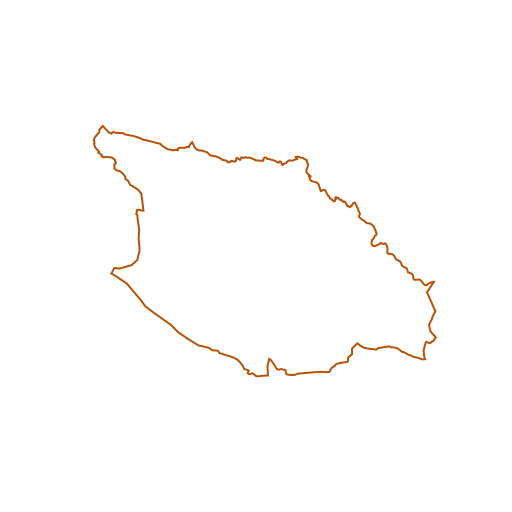 outline of Vidra, Alba, Romania, rotated 27°
{"feature_id": "2599482B12532638103294", "entity_name": "Vidra", "entity_type": "district", "adm_level": 2, "iso_a3": "ROU", "parent_name": "Romania", "parent_adm1": "Alba", "projection": "robinson", "projection_center": [22.929, 46.365], "detail": "fine", "context": "isolated", "style": "outline", "palette": "amber", "viewbox_px": 512, "rotation_deg": 27, "n_neighbors": 0, "source": "geoboundaries", "source_scale": "gbopen_adm2", "svg_char_len": 6109}
<svg xmlns="http://www.w3.org/2000/svg" viewBox="0 0 512 512"><g transform="rotate(27 256 256)"><path d="M267.5,359.0L273.8,358.1L276.7,357.5L281.4,356.8L286.5,356.8L289.5,357.7L293.9,359.8L296.8,362.0L300.4,361.4L301.0,361.3L301.5,361.5L301.8,362.0L301.6,363.1L301.5,364.0L303.5,364.5L304.4,363.9L305.3,363.0L305.7,362.3L306.4,362.1L307.3,362.2L310.1,362.9L311.8,362.7L317.4,359.0L320.9,357.1L316.3,349.0L314.5,341.7L316.4,341.9L320.8,344.2L324.8,346.6L326.9,347.3L328.6,346.5L329.1,345.7L330.8,345.0L333.5,344.4L334.2,344.5L335.0,345.3L335.4,346.1L335.9,347.0L337.3,347.5L339.4,346.8L341.3,346.1L344.8,344.1L346.3,342.1L360.5,333.2L363.0,331.8L366.0,329.9L368.8,328.8L373.2,326.6L374.0,326.0L374.3,324.7L373.9,323.5L374.4,321.0L375.0,319.4L375.7,319.1L375.9,318.7L376.3,316.5L376.6,315.6L385.8,308.4L384.2,304.5L386.2,299.9L383.6,295.0L385.9,287.8L390.2,288.6L394.2,288.7L399.4,287.1L405.7,284.7L406.6,282.6L411.1,279.4L412.0,278.5L416.0,276.0L418.3,275.9L419.7,275.1L422.5,274.3L424.4,274.0L427.5,274.6L429.2,275.1L430.2,275.0L431.0,274.7L433.3,274.6L435.3,274.8L437.0,274.8L439.1,274.3L441.4,274.5L445.1,273.5L447.4,273.1L448.9,273.0L449.7,272.7L451.2,272.6L453.5,271.2L451.8,269.5L450.5,267.8L449.5,265.9L448.5,264.6L448.0,264.1L448.0,262.7L447.3,260.3L446.6,256.1L446.9,255.0L448.8,255.1L449.6,254.9L450.9,254.3L451.1,253.7L451.3,252.7L452.3,251.7L452.8,250.4L452.9,249.5L452.8,247.6L453.1,246.8L445.7,244.0L441.3,238.7L441.4,232.4L440.7,228.8L440.9,228.1L441.0,223.9L424.8,210.6L425.7,202.7L426.1,198.3L425.7,198.5L424.7,199.2L422.0,202.6L421.5,203.3L421.1,204.5L420.5,205.1L419.5,205.2L418.2,204.9L415.1,203.4L413.4,202.8L412.9,202.8L411.8,203.0L408.3,205.1L407.4,205.2L406.7,204.9L404.9,202.3L403.6,201.3L402.4,201.1L400.6,201.2L399.5,201.5L398.8,201.5L398.3,201.0L396.4,198.9L395.8,198.6L395.0,198.5L391.3,198.6L390.5,198.4L388.5,196.4L386.2,195.3L383.0,195.5L380.9,194.5L378.9,193.0L377.5,192.6L375.9,192.6L375.0,192.9L373.7,193.7L372.4,193.9L371.7,193.6L370.6,191.8L370.4,190.9L369.8,189.7L369.0,188.5L367.6,187.2L366.6,186.6L366.3,186.3L365.6,186.1L364.8,186.4L364.4,187.2L363.0,187.6L361.3,187.7L360.7,188.3L360.8,189.1L360.7,189.4L360.3,189.9L359.4,190.7L358.9,191.4L358.7,192.0L357.7,192.7L357.3,193.4L356.2,193.8L355.4,193.8L354.7,193.5L353.9,193.1L353.1,192.2L352.8,191.5L352.1,188.9L352.2,188.4L352.6,188.1L352.9,187.0L352.7,186.1L352.8,185.8L352.8,183.9L353.5,183.1L353.6,182.7L353.2,181.2L351.3,179.6L350.9,178.8L350.5,178.7L349.6,178.1L348.1,176.6L344.9,175.4L343.3,175.3L342.6,175.4L340.6,176.2L339.5,176.3L336.4,175.6L333.4,175.2L330.3,174.5L329.7,173.9L329.5,171.5L329.2,170.9L326.8,169.2L325.1,167.3L323.8,166.5L322.4,165.3L321.3,164.4L319.7,163.5L318.7,164.5L318.6,165.5L318.4,166.3L318.5,167.4L318.4,167.8L318.0,168.1L318.0,168.9L317.4,169.9L316.8,169.9L315.7,169.6L315.3,169.9L314.8,170.1L314.3,169.9L312.9,168.6L311.0,167.6L310.3,167.3L309.6,167.5L309.4,168.2L309.1,168.2L306.8,167.2L306.2,167.4L305.9,167.8L304.8,167.6L303.4,167.0L303.0,167.0L302.3,167.3L300.5,167.3L300.2,167.5L300.3,168.2L301.4,168.6L301.1,169.1L300.9,169.8L300.9,170.5L301.3,171.0L300.4,172.0L298.2,171.4L297.7,171.0L296.2,171.1L295.1,170.7L294.0,169.7L293.5,169.5L292.9,169.5L292.0,169.0L291.8,168.7L290.1,167.8L288.0,166.0L287.3,165.9L286.9,166.0L285.9,166.6L284.8,168.1L284.2,168.7L281.1,165.7L280.1,164.5L279.2,163.8L276.8,162.9L271.7,164.0L269.6,163.4L268.6,162.5L267.5,161.3L268.6,160.8L268.3,160.0L265.4,159.5L263.3,158.6L262.7,158.0L262.0,156.7L261.6,155.0L261.6,153.5L260.7,150.6L259.6,149.7L258.1,148.7L257.8,147.6L253.1,147.5L248.0,148.6L246.5,149.7L247.4,150.4L248.6,151.1L248.3,151.4L246.6,152.6L245.7,154.2L244.8,154.7L243.1,155.3L242.4,155.7L242.0,156.0L241.4,156.8L240.6,159.2L240.6,159.5L240.3,160.1L238.8,161.3L238.6,161.8L238.6,162.7L238.3,163.0L237.8,162.8L236.5,161.4L235.3,160.8L234.4,160.7L234.2,160.9L233.9,161.7L233.8,162.4L233.6,162.7L233.3,162.7L232.0,162.8L229.5,162.6L224.0,163.6L223.0,164.0L221.6,164.3L221.1,163.9L220.1,163.7L219.2,164.2L218.9,164.7L218.7,165.2L218.7,166.7L219.0,167.4L219.3,167.7L218.8,168.1L217.8,168.4L217.0,169.0L214.0,170.1L212.8,170.8L212.1,170.9L211.7,170.8L207.4,170.9L205.3,171.4L203.0,172.7L202.7,172.6L202.0,172.6L201.3,173.2L201.2,173.6L200.8,173.9L200.1,174.1L199.9,174.4L198.4,174.7L198.0,175.1L198.1,176.1L198.3,176.7L198.2,177.5L194.5,177.3L194.2,177.7L195.0,180.1L195.0,180.5L194.5,181.0L194.0,181.2L193.7,181.9L192.3,182.1L191.4,182.0L190.9,182.5L190.6,183.0L190.7,183.3L189.4,184.8L188.7,185.2L186.2,184.5L182.2,185.6L180.3,185.2L177.2,185.2L174.7,185.5L173.6,186.1L172.7,186.2L170.5,186.8L169.9,187.2L165.4,185.8L159.7,186.6L159.1,187.1L158.1,187.5L156.9,187.9L155.7,188.1L154.7,188.0L151.4,186.6L147.5,183.6L146.8,185.3L146.5,188.5L146.7,189.3L146.0,189.4L144.6,190.5L143.4,192.0L139.4,193.9L137.4,195.8L137.7,196.5L138.3,197.2L135.4,198.3L134.7,199.3L128.4,201.0L122.0,200.3L119.6,199.5L115.7,200.5L107.6,202.2L101.9,203.7L100.0,203.6L97.8,203.9L95.8,204.0L94.8,204.4L92.2,204.6L90.0,205.5L87.5,206.1L85.0,206.9L83.6,207.2L82.2,206.8L81.6,207.0L80.9,207.4L74.6,210.1L72.6,210.2L71.4,212.7L68.9,212.7L65.0,211.4L60.5,209.7L59.1,214.5L59.4,215.1L59.8,216.2L60.1,216.6L60.1,217.1L59.5,219.1L58.9,222.0L58.6,222.9L58.5,224.3L59.0,226.4L59.6,226.9L60.8,228.6L60.7,229.0L60.8,229.7L63.7,232.4L68.3,234.1L68.7,234.3L68.7,235.5L69.0,235.8L70.0,235.5L73.0,236.2L73.4,236.5L73.4,237.4L75.5,237.3L76.9,236.0L81.3,234.3L82.6,233.6L86.5,234.3L86.9,234.6L87.3,235.5L88.8,236.4L89.0,237.3L88.2,238.8L89.1,240.4L89.7,241.1L90.0,241.8L90.1,242.3L92.9,242.9L96.8,242.2L100.2,243.1L103.7,244.8L104.1,246.1L104.9,246.6L105.8,246.8L107.9,247.0L111.7,249.9L113.1,249.7L120.6,250.4L125.3,252.4L129.5,258.2L135.1,266.7L133.2,267.5L131.6,267.6L129.2,268.8L129.0,269.6L130.0,271.1L130.1,272.9L131.1,273.2L131.9,273.8L133.7,276.7L140.1,285.9L143.5,293.8L148.7,301.9L150.3,305.5L151.2,310.4L152.1,313.3L149.3,320.6L140.2,329.1L135.2,331.0L135.1,337.3L139.6,337.5L153.1,339.1L172.6,347.2L180.1,351.0L189.1,352.7L211.5,356.0L221.4,359.3L233.3,360.8L245.3,361.8L255.5,359.2L259.9,359.8L264.8,357.7L267.5,359.0Z" fill="none" stroke="#b45309" stroke-width="2"/></g></svg>